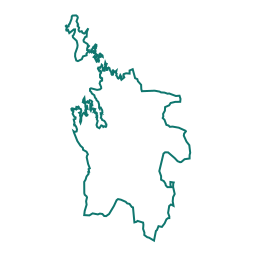 Geita, Geita, United Republic of Tanzania
{"feature_id": "72390352B97667671873629", "entity_name": "Geita", "entity_type": "district", "adm_level": 2, "iso_a3": "TZA", "parent_name": "United Republic of Tanzania", "parent_adm1": "Geita", "projection": "equal_earth", "projection_center": [32.048, -2.782], "detail": "fine", "context": "isolated", "style": "outline", "palette": "teal", "viewbox_px": 256, "rotation_deg": 0, "n_neighbors": 0, "source": "geoboundaries", "source_scale": "gbopen_adm2", "svg_char_len": 5598}
<svg xmlns="http://www.w3.org/2000/svg" viewBox="0 0 256 256"><path d="M84.2,215.1L89.4,215.4L92.6,213.4L97.9,214.4L99.9,213.6L102.4,214.0L104.2,216.0L106.1,216.1L109.1,214.0L113.9,206.0L116.6,200.2L118.0,199.1L120.9,199.7L125.7,201.8L127.2,203.4L129.5,203.9L131.8,207.0L133.0,207.4L134.4,222.4L136.5,221.8L137.5,220.9L143.1,222.6L143.4,224.6L143.1,228.9L144.4,232.6L144.3,235.0L147.2,237.2L149.1,237.7L154.0,240.6L155.9,231.0L157.0,230.0L158.5,226.2L161.9,226.9L164.6,223.4L166.4,219.4L167.9,218.2L169.3,218.1L169.3,216.4L168.1,212.9L169.2,206.0L171.0,204.5L173.5,205.8L172.7,201.3L173.1,197.1L174.7,194.0L173.1,187.0L173.2,183.9L173.7,182.5L170.4,182.0L170.4,185.0L171.2,187.1L167.4,187.1L165.8,185.4L165.4,183.6L163.8,181.1L161.1,179.7L161.1,176.1L159.3,171.1L163.5,153.6L165.1,152.3L168.1,152.4L174.7,158.1L177.6,161.2L180.1,162.2L181.3,162.0L184.6,159.2L189.6,158.5L189.6,155.1L190.2,152.8L189.3,145.2L186.5,141.6L183.8,135.7L184.1,133.6L185.9,131.4L185.6,130.8L178.8,127.7L172.6,126.6L169.8,126.8L168.5,125.5L166.4,124.9L164.5,119.8L162.7,118.0L163.3,116.5L163.1,113.9L164.9,110.7L165.1,107.1L169.2,105.3L170.6,103.0L175.1,101.9L180.2,101.8L180.5,98.9L179.5,95.7L175.9,96.0L169.2,93.5L167.6,93.7L164.5,92.6L161.0,92.4L159.6,91.6L154.7,90.7L141.9,91.2L141.3,89.2L141.1,84.8L137.9,81.2L137.3,79.1L135.1,78.2L132.7,69.2L129.6,70.5L129.6,73.6L126.1,73.3L123.7,74.1L123.4,75.0L124.3,77.4L121.4,79.8L121.0,78.9L121.4,77.1L121.1,77.2L121.3,76.9L120.3,75.1L119.0,78.2L118.4,78.6L117.8,78.2L116.7,75.8L116.0,75.4L116.6,75.5L116.2,75.2L116.7,73.8L115.9,72.9L116.4,70.7L114.8,72.1L114.1,71.2L113.2,71.3L113.0,74.6L112.1,74.9L111.5,74.2L111.3,72.5L109.9,70.1L109.5,68.2L108.6,67.5L107.7,68.0L107.4,69.9L106.5,70.0L105.9,66.2L106.7,63.9L105.7,63.6L105.3,62.6L104.9,64.6L105.5,65.2L104.3,68.5L104.4,70.7L102.8,70.6L102.7,67.5L102.1,66.8L102.3,65.4L101.7,64.8L101.3,66.4L100.3,67.0L100.1,67.8L98.3,67.6L97.9,68.6L99.3,71.1L99.8,70.4L100.8,71.2L101.1,72.8L100.0,74.3L100.1,77.4L100.5,77.8L100.2,76.2L100.6,77.5L102.1,78.2L102.1,80.6L100.3,81.3L99.6,83.5L101.1,86.9L101.2,88.3L99.9,89.4L97.1,89.9L91.0,88.3L90.1,88.8L90.0,90.9L91.2,92.0L91.9,93.5L94.3,95.2L95.0,97.6L96.2,98.9L96.4,100.0L98.3,101.9L99.1,104.6L99.1,107.9L99.3,108.2L99.3,107.4L100.7,107.5L102.2,110.3L102.4,113.0L102.8,113.5L102.2,113.1L101.8,113.6L100.8,112.9L101.2,113.3L100.7,113.2L100.8,114.7L101.4,115.6L100.8,117.8L101.7,118.6L102.0,119.8L104.3,120.9L105.5,122.5L105.8,123.9L106.4,124.3L106.3,126.1L105.8,126.9L104.4,126.3L103.3,127.0L102.7,125.9L101.3,125.4L99.4,128.2L97.3,127.1L96.5,125.0L97.7,120.9L96.8,119.1L97.2,117.8L97.2,116.1L96.6,116.4L96.9,115.4L97.4,115.7L96.5,115.0L96.9,113.2L96.1,112.5L95.5,113.0L95.9,112.3L95.2,113.1L94.5,112.5L94.8,110.6L94.3,110.9L95.2,109.1L94.5,108.9L93.6,110.0L92.8,108.4L91.3,109.2L90.8,110.7L90.2,109.6L90.3,106.3L90.7,107.0L90.7,106.4L91.2,106.8L92.2,104.9L92.2,104.5L91.6,104.6L91.4,104.3L91.9,104.5L91.4,103.2L92.2,101.8L91.4,100.8L89.7,100.2L89.0,101.4L89.1,102.5L88.5,102.9L88.0,102.7L87.4,101.4L86.0,102.5L84.9,102.0L84.4,97.8L83.7,98.9L84.0,99.8L83.1,100.2L83.3,100.9L82.8,102.1L85.4,103.8L85.4,106.5L86.1,106.4L85.9,106.7L87.0,106.1L87.5,108.7L86.6,108.3L86.6,107.2L86.1,106.9L86.1,108.6L87.2,108.9L85.7,108.7L85.4,110.0L86.1,110.0L85.3,110.3L86.1,110.3L85.9,110.9L85.4,110.9L85.8,113.9L86.3,113.5L86.7,114.4L86.5,113.9L86.6,113.6L86.8,114.5L87.5,114.8L87.3,115.4L86.3,115.8L83.8,112.8L82.7,113.8L81.3,117.2L81.2,120.9L80.5,122.9L80.0,121.7L80.6,117.6L80.6,116.7L80.0,115.8L80.3,113.9L79.3,112.9L79.7,112.6L80.3,113.1L80.6,112.9L80.3,113.0L79.9,112.7L80.9,112.5L81.3,110.6L80.7,108.9L78.8,108.6L78.6,107.8L78.9,107.2L78.4,106.6L77.4,107.2L76.4,106.9L76.2,107.6L76.5,108.5L76.2,108.4L76.1,109.4L74.1,108.8L73.2,110.7L73.4,111.7L72.6,113.8L74.3,116.8L75.6,117.4L75.4,118.9L73.7,119.5L74.5,122.8L74.0,124.6L74.3,125.3L74.9,124.9L76.1,126.7L77.0,129.3L76.6,131.4L74.5,132.0L73.6,131.3L74.1,132.9L77.4,141.1L80.5,145.8L82.8,147.8L83.1,149.8L86.5,151.7L87.9,154.3L87.0,155.8L86.7,157.4L88.1,163.9L89.8,168.3L88.6,169.1L89.1,171.9L88.3,172.0L88.6,173.8L86.5,176.5L85.6,179.6L84.2,181.9L84.3,193.2L84.7,194.7L86.6,196.4L87.0,197.4L86.1,201.2L86.6,204.7L84.7,211.0L84.2,215.1ZM77.8,17.7L77.4,16.4L76.1,15.4L72.5,15.6L71.8,16.4L71.6,18.8L69.6,24.0L68.8,24.5L68.6,26.4L67.5,26.7L66.3,25.6L65.8,26.1L66.9,27.9L66.2,29.4L66.4,30.5L67.2,30.7L68.1,30.0L69.3,33.1L73.9,29.4L75.0,29.4L74.8,32.1L73.6,35.0L72.7,35.9L73.0,37.4L76.6,40.8L77.2,43.0L77.6,45.3L77.3,47.5L75.2,53.4L75.1,56.5L76.3,60.5L77.9,61.1L81.8,59.2L83.0,56.4L86.6,55.3L86.5,53.6L87.8,52.0L88.6,51.7L88.9,50.2L87.1,50.0L87.2,48.1L89.0,46.0L88.6,45.6L87.8,45.7L87.9,44.9L87.4,43.9L83.8,41.7L83.5,40.1L85.2,37.0L86.6,36.7L86.9,31.9L88.3,28.3L84.8,33.2L84.1,33.6L82.4,32.7L81.7,31.2L79.8,31.7L78.9,30.9L78.5,29.7L79.1,27.7L77.6,26.0L78.1,25.1L77.7,24.8L77.9,23.9L76.5,21.3L77.8,17.7ZM96.4,46.5L96.4,44.9L95.5,44.5L94.8,45.5L95.2,46.6L94.5,46.1L93.7,46.7L93.7,47.9L93.1,47.4L91.8,49.9L91.7,48.9L90.6,51.8L91.4,51.4L91.9,52.4L93.6,51.0L94.1,51.3L94.0,53.1L94.9,53.3L95.6,51.1L95.1,49.4L96.4,46.5ZM98.9,57.0L97.4,55.0L96.4,55.7L96.5,57.2L95.2,57.3L94.5,56.1L93.7,57.0L94.5,57.4L95.6,59.6L96.5,59.4L96.2,60.8L96.6,61.6L97.8,60.6L98.0,61.5L98.7,61.7L99.1,60.7L98.3,58.5L99.0,57.2L99.7,57.1L99.6,56.3L99.0,56.4L98.9,57.0ZM102.5,55.5L100.1,53.6L99.4,54.3L99.8,56.3L101.0,56.7L101.7,56.2L102.7,56.8L102.5,55.5ZM72.4,110.8L72.6,110.4L72.4,107.6L71.9,108.8L71.4,109.0L71.8,110.5L72.4,110.8ZM113.1,71.2L113.1,70.2L112.9,69.6L112.7,70.8L113.1,71.2ZM96.1,54.2L95.9,53.7L95.4,53.7L95.5,54.1L96.1,54.2Z" fill="none" stroke="#0f766e" stroke-width="2"/></svg>